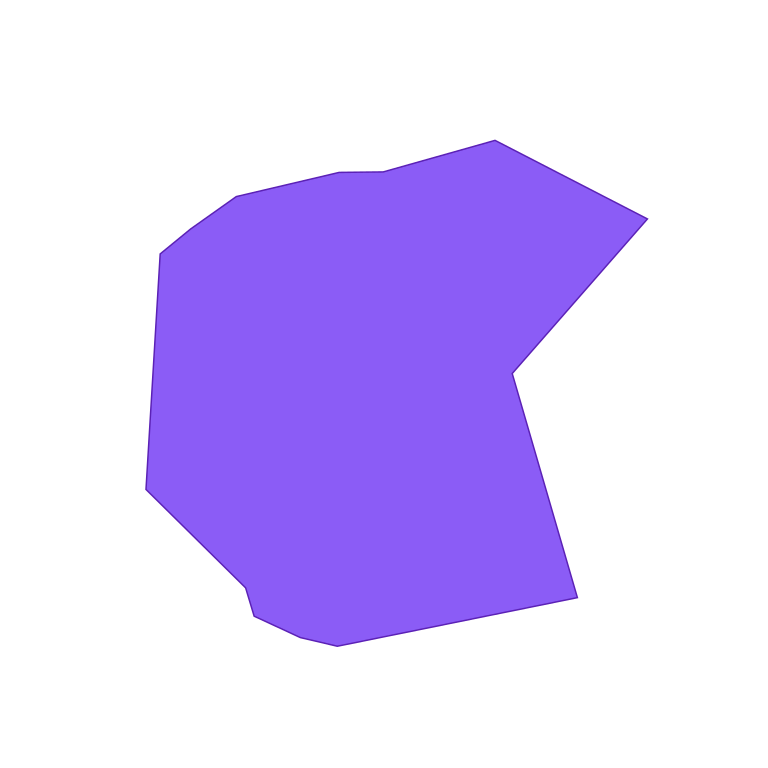 SVG path tracing the border of Cerkvenjak, rotated 20°
{"feature_id": "SVN-198", "entity_name": "Cerkvenjak", "entity_type": "Municipality", "adm_level": 1, "iso_a3": "SVN", "parent_name": "Slovenia", "parent_adm1": "", "projection": "natural_earth1", "projection_center": [15.947, 46.561], "detail": "fine", "context": "isolated", "style": "filled", "palette": "violet", "viewbox_px": 768, "rotation_deg": 20, "n_neighbors": 0, "source": "natural_earth", "source_scale": "10m", "svg_char_len": 350}
<svg xmlns="http://www.w3.org/2000/svg" viewBox="0 0 768 768"><g transform="rotate(20 384 384)"><path d="M196.4,564.5L129.2,338.3L149.3,304.4L181.1,258.4L269.5,200.5L310.7,185.0L405.0,117.1L575.1,138.8L500.9,330.3L638.8,518.6L429.8,646.4L392.1,650.9L341.4,646.6L323.7,622.9L196.4,564.5Z" fill="#8b5cf6" stroke="#5b21b6" stroke-width="1.5"/></g></svg>